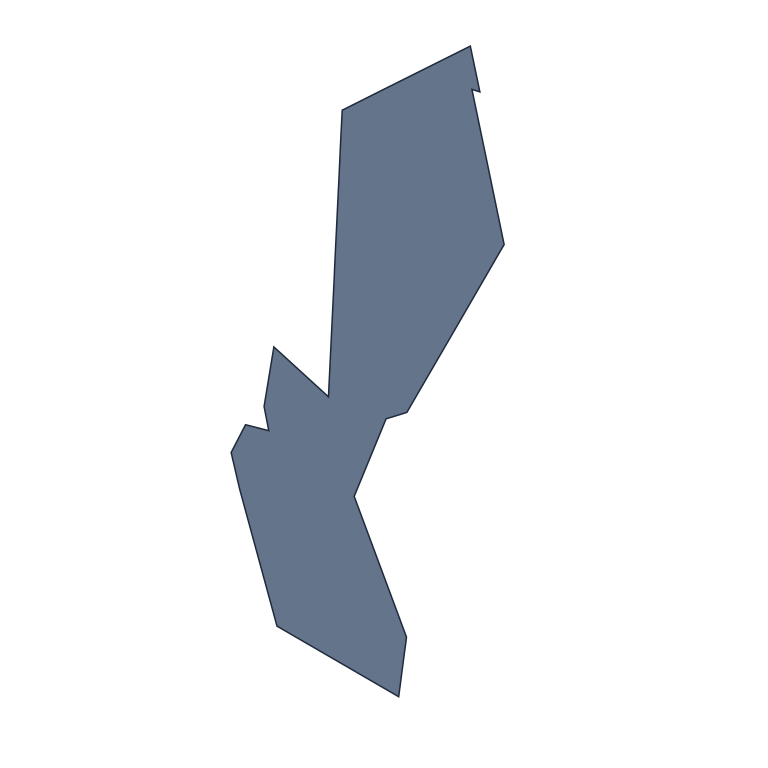 the district of Flores do Piauí, Piauí, Brazil, rotated 166°
{"feature_id": "56859067B16449263184435", "entity_name": "Flores do Piauí", "entity_type": "district", "adm_level": 2, "iso_a3": "BRA", "parent_name": "Brazil", "parent_adm1": "Piauí", "projection": "equal_earth", "projection_center": [-42.859, -7.648], "detail": "fine", "context": "isolated", "style": "filled", "palette": "slate", "viewbox_px": 768, "rotation_deg": 166, "n_neighbors": 0, "source": "geoboundaries", "source_scale": "gbopen_adm2", "svg_char_len": 542}
<svg xmlns="http://www.w3.org/2000/svg" viewBox="0 0 768 768"><g transform="rotate(166 384 384)"><path d="M549.5,317.1L546.4,174.9L445.4,77.0L429.1,118.5L426.0,126.2L423.4,133.0L440.1,282.2L390.4,349.7L368.7,350.9L333.5,387.2L297.6,424.2L239.4,484.4L233.7,490.2L230.9,559.8L227.4,648.6L220.3,644.2L218.5,691.0L305.3,671.7L358.3,659.8L366.2,633.8L378.3,593.3L381.1,584.1L404.3,507.1L405.8,501.8L441.0,385.0L481.9,446.6L505.8,391.2L507.1,366.6L528.2,378.0L548.9,354.5L549.5,317.1Z" fill="#64748b" stroke="#1e293b" stroke-width="1.5"/></g></svg>